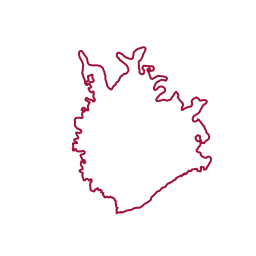 outline of Mokhotlong, Mokhotlong, Lesotho, rotated 40°
{"feature_id": "5366337B57238161912633", "entity_name": "Mokhotlong", "entity_type": "district", "adm_level": 2, "iso_a3": "LSO", "parent_name": "Lesotho", "parent_adm1": "Mokhotlong", "projection": "albers", "projection_center": [29.07, -29.31], "detail": "fine", "context": "isolated", "style": "outline", "palette": "rose", "viewbox_px": 256, "rotation_deg": 40, "n_neighbors": 0, "source": "geoboundaries", "source_scale": "gbopen_adm2", "svg_char_len": 5787}
<svg xmlns="http://www.w3.org/2000/svg" viewBox="0 0 256 256"><g transform="rotate(40 128 128)"><path d="M174.0,200.4L175.1,198.6L176.2,198.0L176.5,196.9L177.8,196.5L178.2,196.0L180.0,192.2L183.3,188.3L184.3,185.5L185.9,183.5L188.3,181.5L189.2,178.3L189.4,175.9L190.4,173.5L191.3,170.4L191.6,168.2L190.6,166.5L190.5,165.6L191.0,162.7L191.2,157.9L192.4,156.1L192.6,155.1L192.5,153.4L192.7,151.5L193.6,150.6L194.5,148.7L194.1,146.3L194.5,144.5L195.4,143.1L195.7,141.7L196.3,140.7L196.8,138.2L197.4,137.4L197.5,136.3L197.0,135.8L197.7,133.7L199.0,130.8L199.4,130.4L200.0,130.4L199.9,128.4L200.1,127.8L200.4,128.4L201.0,126.5L201.8,126.3L202.2,124.7L202.1,124.0L201.9,124.0L202.0,121.7L203.4,120.9L204.0,120.1L203.7,119.5L203.8,118.7L206.5,115.4L207.6,115.1L208.8,116.2L211.4,114.6L210.6,112.6L209.4,111.9L209.0,111.2L209.1,110.6L211.2,109.5L212.5,110.7L213.1,110.9L214.3,109.4L213.4,105.5L213.7,105.1L213.0,103.1L212.9,100.6L211.5,98.2L209.9,97.5L208.4,97.9L207.4,98.9L207.2,100.6L206.5,101.1L203.9,101.9L202.4,102.1L200.9,101.8L200.4,100.9L199.9,100.6L198.5,100.6L197.8,101.2L195.8,101.7L194.7,100.8L194.9,100.0L194.3,98.0L194.6,95.1L193.5,93.2L192.0,92.1L191.3,92.0L190.8,92.3L190.2,93.3L189.2,93.4L187.1,93.0L185.6,91.5L186.1,88.6L188.4,88.0L189.6,89.6L192.6,91.1L193.0,91.6L194.2,91.8L196.0,90.7L195.9,88.7L196.7,85.3L196.7,84.1L196.0,82.6L195.1,82.3L194.1,81.3L191.0,81.0L189.6,80.0L186.3,78.6L185.6,77.8L184.6,78.0L179.3,76.6L178.1,76.7L176.9,76.1L176.0,76.5L176.2,77.3L175.8,79.0L175.4,79.8L174.5,80.5L173.0,80.6L171.5,79.3L171.0,78.0L170.8,76.3L172.4,71.5L172.5,69.6L171.9,67.7L171.0,61.9L171.9,59.1L171.6,57.5L170.9,56.7L169.9,56.8L167.8,58.0L166.3,60.1L165.5,60.8L163.5,60.3L160.9,60.4L159.4,63.4L159.3,65.7L159.6,66.8L161.4,68.0L162.4,69.5L162.3,71.1L161.2,72.7L160.5,73.3L158.7,77.0L158.4,78.7L158.0,78.8L158.1,79.1L157.5,79.5L157.2,79.4L157.0,78.5L156.0,77.4L155.5,75.1L154.1,73.9L149.3,73.4L147.2,72.7L146.3,72.4L146.4,71.8L145.7,70.5L144.2,69.8L141.7,69.4L141.5,69.8L141.5,72.1L142.0,74.2L141.9,75.7L142.3,78.7L141.6,80.1L140.2,82.0L137.1,83.4L136.3,84.3L135.8,85.5L133.0,88.7L131.5,88.4L130.9,86.2L131.1,81.3L132.1,79.0L132.7,76.0L131.5,74.5L130.5,74.0L129.1,73.9L126.9,74.6L125.4,76.6L125.0,80.8L123.8,81.6L123.3,81.6L122.3,81.0L121.1,77.8L120.6,75.6L120.9,73.6L121.6,72.5L121.9,71.1L122.8,69.4L125.7,67.7L126.3,67.7L126.6,67.0L126.5,65.9L125.8,64.8L124.8,64.6L123.6,65.2L122.4,65.4L119.2,67.8L118.0,68.3L117.2,69.2L115.2,74.9L113.5,75.3L108.9,72.5L105.5,71.2L105.2,69.7L105.8,68.5L106.5,68.5L107.5,69.9L108.3,70.1L110.1,68.0L110.2,66.7L109.7,65.8L107.5,64.8L100.0,70.2L99.8,71.0L100.3,72.5L100.9,73.2L103.4,73.5L103.8,73.9L105.1,76.2L104.7,77.3L103.9,78.0L103.3,78.3L101.8,78.3L101.0,78.0L99.8,76.4L97.4,74.8L96.3,73.1L93.8,70.7L93.5,69.6L94.0,68.0L93.5,65.2L93.3,64.0L92.1,61.5L91.7,58.8L90.8,56.2L89.7,55.6L88.7,55.7L87.7,56.4L84.6,61.1L84.1,63.3L83.8,66.3L86.7,71.2L86.8,71.9L86.4,72.8L84.7,74.0L80.7,75.2L80.4,75.5L76.4,75.2L73.1,75.9L72.4,76.4L71.7,77.7L72.2,78.8L73.3,80.1L74.9,80.7L75.7,80.3L77.7,81.1L85.2,80.8L87.2,81.0L89.5,82.0L91.4,83.5L91.8,85.3L91.7,87.6L90.2,89.0L89.3,93.5L90.6,98.3L89.9,100.6L90.3,101.9L90.2,102.3L90.7,102.9L90.3,104.4L89.9,104.8L90.6,108.6L90.1,109.5L87.5,109.7L85.3,109.1L78.7,104.6L77.7,103.0L75.2,101.5L74.1,100.4L69.9,98.2L66.5,98.4L65.3,99.3L64.0,99.8L61.2,102.4L58.2,104.2L56.9,104.4L55.3,103.9L51.8,101.0L43.3,98.8L42.5,99.2L41.9,99.9L41.7,101.0L42.9,102.8L45.3,104.8L49.5,106.4L52.6,107.9L56.2,112.8L57.5,115.4L59.5,116.3L60.8,117.5L62.5,118.2L65.6,120.2L66.5,121.4L68.3,121.7L68.9,121.5L69.2,121.1L69.0,120.7L67.0,120.4L66.2,119.5L67.4,117.3L67.2,116.8L65.1,115.2L64.6,114.4L64.2,114.3L64.0,113.7L65.1,112.3L65.8,110.6L66.6,110.2L68.9,112.8L70.6,113.2L71.6,113.9L71.2,115.6L69.4,117.5L69.7,118.2L69.7,118.9L70.0,119.2L73.4,120.0L73.5,120.8L73.1,121.9L72.3,122.8L72.7,123.5L75.7,124.5L77.5,123.9L77.6,122.8L78.1,122.4L78.4,122.5L79.6,123.5L81.2,126.3L84.2,127.4L84.9,128.5L84.8,129.6L84.2,130.1L83.2,129.5L82.7,129.6L81.2,130.5L78.9,131.3L76.8,131.6L76.7,131.9L76.9,133.3L77.5,133.8L78.4,133.9L79.1,133.5L82.2,133.1L83.0,136.6L84.8,138.9L85.8,139.4L86.0,140.2L84.9,140.9L82.0,140.6L80.7,141.1L80.4,142.9L80.9,143.9L81.6,143.7L82.8,142.8L83.8,142.6L84.1,143.2L83.1,144.8L83.3,146.0L84.6,147.6L86.1,148.7L86.4,149.4L85.9,150.4L83.7,151.6L82.3,153.0L81.6,154.4L81.7,155.6L82.2,156.4L83.2,157.0L85.4,159.9L86.3,160.4L89.1,161.0L90.1,160.8L90.4,160.4L92.0,160.5L92.8,159.8L94.5,160.6L94.8,162.0L93.9,163.1L91.7,164.4L91.5,165.2L93.8,166.4L95.1,166.7L96.4,167.7L96.3,168.2L95.2,169.6L94.3,171.5L95.1,172.3L96.2,172.6L97.1,172.0L98.2,172.0L98.6,172.4L95.8,175.2L98.3,177.8L99.3,179.6L100.2,180.5L101.2,179.9L100.8,178.4L101.7,177.7L103.6,178.6L105.1,177.9L107.4,175.7L108.3,174.5L109.7,174.0L110.4,174.2L111.0,175.5L110.5,177.0L109.2,178.4L109.2,179.5L112.5,181.2L114.2,181.5L115.3,180.7L117.2,181.4L117.4,182.4L116.9,183.2L114.3,183.0L113.7,183.5L114.5,185.3L116.0,186.7L118.6,187.4L119.6,188.6L118.3,191.2L118.3,191.8L119.4,192.3L122.2,191.6L122.7,191.9L123.6,194.0L127.5,196.3L128.7,195.9L128.7,194.0L129.3,193.2L130.9,193.0L131.8,193.3L132.2,193.0L132.2,191.5L132.6,191.1L133.4,191.2L134.3,192.0L134.7,192.9L134.4,193.8L134.4,194.4L135.9,196.5L136.9,197.1L137.9,198.4L139.3,199.3L140.1,199.4L142.7,198.5L142.8,197.7L142.6,197.5L142.5,195.8L143.0,195.4L143.3,193.8L143.5,193.6L144.0,193.6L144.7,194.4L145.3,194.5L145.8,194.4L146.5,193.2L147.8,192.9L148.3,193.2L148.6,194.4L150.8,193.8L151.7,195.3L152.8,195.3L153.7,195.8L154.9,196.0L155.4,195.3L155.6,194.4L157.9,193.6L158.7,191.9L159.6,192.1L160.5,191.3L161.5,191.3L162.6,190.9L163.7,191.2L164.6,191.9L165.7,191.9L166.8,193.4L169.7,195.8L170.5,196.3L171.4,196.1L171.6,197.7L172.3,198.7L173.3,199.2L173.5,200.0L174.0,200.4Z" fill="none" stroke="#9f1239" stroke-width="2"/></g></svg>